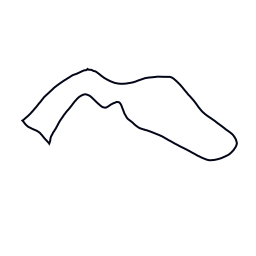 the district of Wadi Al Ayn, Hadramawt, Yemen, rotated 330°
{"feature_id": "15242507B59999910917568", "entity_name": "Wadi Al Ayn", "entity_type": "district", "adm_level": 2, "iso_a3": "YEM", "parent_name": "Yemen", "parent_adm1": "Hadramawt", "projection": "albers", "projection_center": [48.371, 15.441], "detail": "fine", "context": "isolated", "style": "outline", "palette": "ink", "viewbox_px": 256, "rotation_deg": 330, "n_neighbors": 0, "source": "geoboundaries", "source_scale": "gbopen_adm2", "svg_char_len": 5615}
<svg xmlns="http://www.w3.org/2000/svg" viewBox="0 0 256 256"><g transform="rotate(330 128 128)"><path d="M212.3,178.7L211.7,177.3L211.2,175.9L211.0,175.5L210.6,174.5L210.2,173.5L210.0,173.2L209.4,171.7L208.8,170.4L208.2,169.0L207.6,167.6L207.0,166.0L206.3,164.4L205.6,163.0L204.9,161.4L204.2,160.0L203.8,159.2L203.5,158.5L202.7,156.9L202.1,155.4L201.5,154.0L201.3,153.2L201.0,152.4L200.5,150.9L200.2,149.3L199.9,147.7L199.7,146.2L199.5,145.3L199.5,144.8L199.4,144.3L199.4,143.4L199.2,142.0L199.1,140.6L198.9,139.1L198.7,137.5L198.5,136.6L198.4,135.8L198.2,135.1L198.1,134.3L197.9,133.5L197.7,132.4L197.6,132.1L197.4,131.0L196.9,129.2L196.7,127.9L196.5,126.4L196.3,125.6L196.2,125.0L195.9,123.1L195.6,121.5L195.5,120.4L195.4,119.9L195.1,118.6L195.1,118.3L194.8,116.9L194.7,116.4L194.5,115.6L194.0,113.8L193.5,112.0L192.9,110.2L192.5,109.0L191.9,107.5L191.1,106.1L190.1,104.9L189.9,104.7L188.7,104.0L188.4,103.8L187.5,103.3L186.3,102.6L185.9,102.3L185.3,102.0L184.4,101.5L183.7,101.0L183.0,100.6L182.4,100.2L181.7,99.8L180.4,99.0L179.7,98.6L179.0,98.2L177.3,97.5L175.5,96.7L174.4,96.2L172.7,95.4L171.4,94.8L170.1,94.3L168.7,93.7L167.7,93.4L167.4,93.3L166.9,93.2L166.4,93.1L165.7,93.0L164.3,92.7L162.8,92.4L161.5,92.2L161.4,92.1L160.8,92.0L159.6,91.8L158.0,91.6L157.5,91.5L156.5,91.3L155.0,90.9L153.6,90.4L153.1,90.3L152.1,89.9L150.6,89.3L150.0,89.1L148.7,88.6L147.1,87.9L146.0,87.3L145.5,87.0L145.2,86.9L144.2,86.3L142.7,85.3L141.5,84.4L140.3,83.4L138.8,82.0L137.8,80.8L137.2,80.0L137.0,79.7L136.8,79.5L136.3,78.9L136.0,78.5L135.6,77.9L135.2,77.3L134.3,75.8L134.1,75.6L133.3,74.2L132.4,72.6L131.6,70.8L131.4,70.3L130.9,69.2L130.7,68.7L130.5,68.0L129.9,66.6L129.8,66.4L129.2,64.9L128.8,64.0L128.5,63.4L127.8,62.3L126.6,61.4L126.2,60.5L125.3,59.3L123.2,57.9L123.0,57.7L122.8,57.4L122.6,57.2L122.6,56.9L122.5,56.7L122.3,56.8L122.2,56.8L121.8,56.9L121.5,56.9L121.3,57.0L120.6,57.0L120.2,56.8L119.8,56.5L118.4,56.1L117.0,55.9L115.6,55.8L114.2,55.7L112.9,55.6L112.5,55.5L111.2,55.4L110.8,55.4L109.7,55.2L107.9,54.8L106.6,54.6L106.1,54.6L105.3,54.6L103.6,54.7L102.1,54.8L100.3,54.8L98.9,54.9L97.4,54.9L97.1,54.9L95.7,55.0L95.1,55.0L94.2,55.1L92.8,55.2L92.5,55.2L91.0,55.4L90.5,55.4L88.7,55.6L87.1,55.8L85.6,56.0L84.8,56.1L83.7,56.3L82.3,56.7L70.8,59.3L70.3,59.5L69.1,60.0L67.8,60.5L67.1,60.8L66.6,61.0L65.9,61.3L65.2,61.6L63.9,62.0L62.5,62.5L61.8,62.8L61.3,63.0L59.6,63.7L57.9,64.3L56.4,64.8L55.9,65.0L55.1,65.3L53.6,65.8L53.4,65.9L52.9,66.0L51.7,66.4L50.8,66.7L50.5,66.8L49.2,67.1L47.3,67.6L45.8,67.9L44.0,68.2L42.6,68.5L40.7,68.8L40.3,68.8L40.4,69.2L40.7,70.8L40.8,71.8L40.8,72.2L41.1,73.8L41.5,75.2L41.8,76.0L42.1,76.9L42.7,77.9L42.8,78.0L43.8,79.5L44.3,80.3L44.6,80.8L44.8,81.0L45.5,82.0L45.8,82.3L46.4,83.2L47.0,83.9L47.3,84.4L48.0,85.5L48.7,86.9L49.3,88.3L49.5,89.7L49.9,91.1L50.1,92.6L50.1,92.8L50.3,94.0L50.6,95.7L50.7,96.2L51.0,97.3L51.1,97.6L51.3,98.7L51.5,99.5L51.6,100.0L51.8,100.9L52.0,101.8L52.0,102.1L52.9,101.4L53.0,101.3L54.1,100.3L55.1,99.0L56.2,97.7L57.2,96.8L57.8,96.5L58.4,96.1L59.6,95.4L60.9,94.5L62.2,93.9L63.5,93.2L65.1,92.4L66.2,91.7L66.3,91.6L66.7,91.4L67.7,90.8L69.1,89.9L70.4,89.1L71.5,88.4L73.0,87.6L74.3,87.0L75.3,86.5L76.0,86.2L77.7,85.4L78.2,85.1L79.2,84.6L80.6,84.1L81.9,83.5L83.4,82.9L84.9,82.4L86.3,82.0L87.8,81.4L88.9,80.9L89.4,80.8L90.8,80.2L92.1,79.6L93.4,79.1L95.0,78.4L96.5,78.0L98.1,77.4L99.7,77.0L101.0,76.7L102.7,76.6L103.7,76.6L104.0,76.6L105.4,76.7L106.2,76.9L106.8,77.0L108.1,77.6L109.1,78.5L110.2,79.9L110.6,80.5L111.0,81.1L111.5,82.4L111.8,83.2L112.0,83.9L112.4,85.2L112.9,87.0L113.4,88.8L113.8,90.2L114.2,91.6L114.5,92.3L114.7,92.9L114.8,93.4L115.3,94.7L115.8,96.1L116.7,97.5L117.3,98.0L117.9,98.6L119.0,99.3L120.3,99.4L120.7,99.4L121.7,99.4L123.1,99.3L124.0,99.2L124.5,99.1L125.8,99.2L126.4,99.2L126.8,99.2L128.2,99.3L128.9,99.5L129.6,99.6L130.7,99.7L131.3,99.8L131.5,100.0L132.4,100.6L133.3,101.6L133.6,103.0L133.6,104.1L133.6,104.3L133.4,106.1L133.2,107.2L133.1,107.8L133.0,108.3L132.9,109.3L132.6,111.0L132.3,112.8L132.1,114.3L132.2,115.8L132.1,117.3L132.2,118.8L132.5,120.3L133.0,121.5L133.6,122.9L134.2,124.4L134.3,124.6L134.7,125.7L135.0,126.7L135.1,127.2L135.6,128.7L136.2,130.3L136.4,130.7L136.6,131.2L137.0,132.0L137.4,132.9L137.6,133.2L138.3,134.3L138.5,134.4L139.3,135.4L140.4,136.6L141.2,137.5L141.3,137.5L141.5,137.8L142.2,138.5L143.4,139.7L144.6,141.1L145.8,142.5L146.9,143.9L147.8,145.0L148.4,145.8L148.8,146.3L149.7,147.5L150.8,148.8L151.6,149.9L152.4,151.0L152.7,151.4L153.3,152.2L154.0,153.4L154.7,154.6L155.3,155.7L156.2,157.2L156.9,158.5L157.4,159.3L157.8,159.9L158.2,160.6L158.6,161.1L159.2,162.3L160.1,163.7L161.0,165.3L161.8,166.5L162.6,167.8L163.2,168.7L163.3,169.0L164.4,170.6L164.6,171.0L165.3,172.0L165.8,172.7L166.1,173.1L167.1,174.7L168.1,176.2L168.8,177.4L169.8,178.9L170.7,180.5L171.4,181.7L172.2,182.9L173.2,184.5L173.7,185.5L174.8,187.2L175.5,188.2L175.9,188.8L176.2,189.3L176.6,189.9L177.4,191.0L177.5,191.1L178.6,192.6L179.0,193.0L179.7,194.0L180.9,195.3L181.0,195.4L181.9,196.2L183.0,197.0L183.6,197.3L184.6,197.8L185.4,198.1L186.1,198.5L187.0,198.9L187.3,199.0L188.7,199.4L190.1,199.9L191.8,200.3L193.0,200.6L193.4,200.7L193.7,200.7L194.8,200.9L196.4,201.0L197.9,201.2L199.2,201.3L199.3,201.3L200.8,201.4L202.2,201.4L203.3,201.2L203.8,201.2L204.0,201.1L205.4,200.8L207.1,200.3L208.4,199.9L209.6,199.3L210.2,199.0L210.9,198.7L212.1,198.0L213.3,197.1L213.7,196.7L213.8,196.6L214.4,196.1L214.9,194.9L215.2,194.0L215.3,193.4L215.7,192.0L215.7,190.4L215.7,188.9L215.6,188.5L215.6,187.5L215.3,185.9L214.9,184.6L214.6,184.0L214.4,183.3L213.7,181.7L213.1,180.4L212.4,178.9L212.3,178.7Z" fill="none" stroke="#020617" stroke-width="2"/></g></svg>